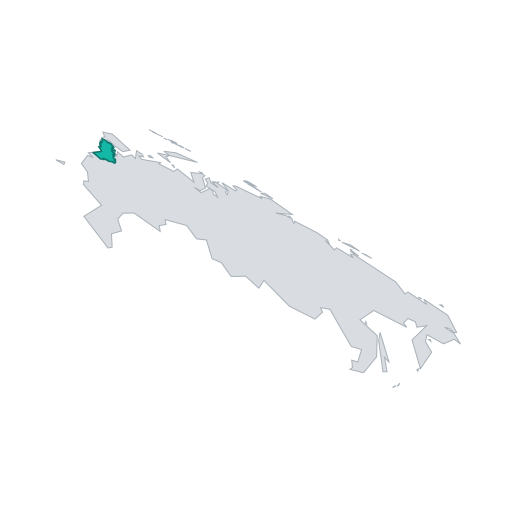 Karelia highlighted on a map of Russia, rotated 28°
{"feature_id": "RUS-2353", "entity_name": "Karelia", "entity_type": "Republic", "adm_level": 1, "iso_a3": "RUS", "parent_name": "Russia", "parent_adm1": "", "projection": "equal_earth", "projection_center": [34.102, 63.665], "detail": "fine", "context": "in_parent", "style": "filled", "palette": "teal", "viewbox_px": 512, "rotation_deg": 28, "n_neighbors": 0, "source": "natural_earth", "source_scale": "10m", "svg_char_len": 7484}
<svg xmlns="http://www.w3.org/2000/svg" viewBox="0 0 512 512"><g transform="rotate(28 256 256)"><path d="M405.8,308.6L392.2,312.0L393.5,309.2L389.4,303.0L395.6,301.8L393.1,289.0L382.7,291.2L346.3,268.4L337.4,271.3L341.1,274.4L337.7,284.0L309.3,284.7L274.4,273.8L273.6,283.1L256.4,278.7L243.6,285.7L228.6,278.2L218.5,279.0L204.7,265.1L195.5,268.8L180.4,261.6L158.5,266.6L161.8,270.4L156.3,274.5L159.9,279.3L128.2,275.3L118.4,280.7L116.6,288.4L125.5,297.0L118.0,304.2L124.8,315.7L121.6,318.4L85.4,301.8L95.8,283.7L70.1,273.9L68.7,270.4L73.1,268.9L67.8,260.9L58.4,256.3L60.1,246.1L66.1,245.6L59.5,243.6L70.2,235.9L66.1,233.4L64.0,224.0L66.5,221.8L62.6,218.5L71.9,215.8L95.2,221.7L89.3,226.4L78.3,225.0L74.2,223.5L71.5,223.3L86.3,233.1L84.7,229.0L92.5,230.8L98.7,225.1L103.8,226.6L101.1,219.1L107.8,219.6L110.1,221.3L105.5,222.6L109.9,224.3L128.0,218.3L127.0,220.2L143.7,220.0L145.7,216.0L166.5,220.0L159.2,212.9L169.7,208.6L173.2,209.1L172.0,212.0L179.5,219.6L176.1,224.6L169.3,224.3L177.9,225.8L183.1,218.6L186.4,218.3L189.6,221.5L194.4,222.1L189.5,218.5L179.2,217.7L179.2,214.2L175.1,212.1L177.9,208.9L181.9,212.5L188.8,213.3L190.6,213.3L182.0,211.0L187.5,209.8L199.9,211.4L198.9,214.1L201.9,215.4L201.0,211.5L191.4,207.2L207.0,208.2L208.2,206.7L202.8,204.9L205.1,203.8L234.5,202.6L231.7,201.3L242.3,199.0L268.6,202.3L253.1,208.9L263.4,206.2L270.4,206.4L272.8,208.8L273.6,209.2L274.5,209.3L273.6,207.1L298.9,206.8L311.6,208.2L314.5,210.5L309.9,209.8L322.3,213.8L323.4,210.9L342.9,212.0L338.5,210.0L341.1,208.7L391.6,213.3L405.3,219.5L407.2,216.4L429.3,218.7L424.4,215.4L453.1,218.3L469.0,229.3L466.9,230.7L460.6,229.3L455.9,230.5L467.1,231.4L478.0,237.8L470.3,236.4L462.8,245.5L443.9,245.3L445.8,252.0L456.3,258.5L454.1,278.3L433.2,256.9L439.4,237.3L431.6,243.3L427.5,239.2L419.3,239.9L417.8,246.0L422.5,248.2L385.6,248.8L377.7,263.6L400.4,269.4L409.8,288.3L405.8,308.6ZM160.3,200.9L132.7,207.8L125.4,206.8L136.8,202.5L160.3,200.9ZM401.4,265.2L423.6,287.5L417.1,285.2L426.1,296.7L422.4,298.6L404.1,273.2L401.4,265.2ZM120.6,211.3L132.3,208.0L130.2,210.9L136.7,213.8L120.6,211.3ZM325.5,203.5L334.4,201.9L345.2,203.1L325.5,203.5ZM218.2,195.4L231.0,197.0L214.4,196.2L218.2,195.4ZM213.5,194.1L224.2,194.5L210.0,195.0L213.5,194.1ZM234.4,196.4L244.2,197.6L230.7,198.5L234.4,196.4ZM348.0,203.8L352.9,203.3L359.4,203.8L348.0,203.8ZM34.0,265.0L43.1,262.8L43.4,265.4L34.0,265.0ZM111.8,194.8L117.8,194.5L106.3,195.1L111.8,194.8ZM339.2,206.5L346.7,207.9L336.9,207.5L339.2,206.5ZM118.8,217.8L115.5,218.9L113.7,218.1L115.3,216.9L118.8,217.8ZM123.2,194.4L128.7,194.1L131.6,194.4L123.2,194.4ZM141.9,194.3L139.5,194.9L135.4,194.7L136.2,194.3L141.9,194.3ZM147.4,194.5L142.7,194.4L149.4,194.2L147.4,194.5ZM140.5,214.5L142.7,216.4L139.2,215.0L140.5,214.5ZM215.7,195.6L212.1,195.9L209.3,195.5L215.7,195.6ZM126.3,193.7L133.4,193.6L130.9,194.0L126.3,193.7ZM445.2,213.2L441.4,212.9L443.1,211.8L445.2,213.2ZM106.5,194.5L110.9,194.6L102.2,194.6L106.5,194.5ZM169.8,208.1L165.6,208.3L169.7,207.9L169.8,208.1ZM266.9,205.1L269.4,206.0L265.8,205.5L266.9,205.1ZM422.6,216.0L420.6,216.5L418.5,216.1L422.6,216.0ZM133.4,195.0L130.2,194.8L135.4,195.0L133.4,195.0ZM132.3,194.0L134.4,194.4L130.4,194.1L132.3,194.0ZM442.5,300.8L442.8,302.5L441.8,304.9L442.5,300.8ZM127.9,195.0L130.3,195.4L127.3,195.3L127.9,195.0ZM187.2,209.6L184.3,210.1L183.6,210.0L187.2,209.6ZM450.5,249.2L447.6,248.8L449.2,248.0L450.5,249.2ZM337.8,205.7L337.4,206.4L335.9,205.9L337.8,205.7ZM383.7,262.3L385.6,264.2L383.8,263.8L383.7,262.3ZM452.7,279.0L452.8,281.9L451.5,281.0L452.7,279.0ZM122.9,195.1L120.1,195.2L119.1,195.1L122.9,195.1ZM188.4,208.2L188.1,209.0L187.4,208.8L188.4,208.2ZM322.9,203.0L321.7,203.4L321.2,202.5L322.9,203.0ZM438.5,307.1L440.6,304.7L438.8,307.7L438.5,307.1Z" fill="#d9dde1" stroke="#a8b0b8" stroke-width="1"/><path d="M65.3,225.5L65.1,225.2L64.9,224.9L64.7,224.8L69.3,224.6L70.5,224.7L70.7,224.9L70.8,225.0L71.2,225.2L71.2,225.4L71.2,225.5L71.3,225.5L72.6,225.5L72.7,225.2L73.1,225.2L73.2,224.9L73.3,224.9L74.0,224.9L74.5,224.9L74.8,225.0L74.7,225.0L74.3,225.0L74.2,225.1L74.3,225.1L74.5,225.1L74.9,225.0L75.1,225.1L75.3,225.2L75.7,225.2L75.9,225.1L76.0,225.2L75.9,225.2L76.2,225.3L76.3,225.3L76.1,225.4L75.8,225.4L75.7,225.4L76.0,225.5L75.6,225.6L75.4,225.6L75.2,225.6L75.6,225.7L75.9,225.6L76.0,225.7L76.6,225.8L76.9,225.8L77.3,225.9L77.4,226.0L77.9,226.1L78.3,226.2L78.4,226.3L78.5,226.3L78.7,226.5L78.9,226.6L78.7,226.7L78.9,226.8L79.1,226.8L79.3,226.9L79.2,227.0L79.4,227.1L79.4,227.3L79.6,227.4L79.4,227.4L78.8,227.1L78.8,227.3L79.0,227.4L78.8,227.5L79.0,227.6L79.1,227.8L78.9,227.8L79.0,227.9L78.7,228.1L78.8,228.1L78.7,228.2L78.4,228.2L78.3,228.3L78.2,228.3L77.8,228.3L78.2,228.4L78.3,228.5L78.2,228.6L78.3,228.7L78.6,228.8L78.8,228.9L78.8,229.0L78.7,229.0L78.8,229.1L79.0,229.2L79.0,229.3L79.1,229.5L78.9,229.5L79.1,229.6L79.2,229.8L79.3,229.8L79.5,229.9L79.4,230.0L79.0,230.2L79.2,230.3L79.6,230.2L79.7,230.3L79.3,230.4L79.2,230.4L79.4,230.5L79.5,230.6L79.3,230.8L79.0,230.9L79.3,230.9L79.5,231.0L79.7,231.3L80.0,231.3L80.5,231.4L80.5,231.5L80.8,231.7L81.1,231.6L81.3,231.6L81.2,231.3L81.3,231.3L81.9,231.5L82.0,231.6L82.3,231.8L82.4,232.0L82.6,231.9L82.7,232.0L83.0,232.1L83.0,232.3L83.1,232.5L83.5,232.6L83.8,232.6L83.8,232.8L83.9,233.1L83.9,233.3L83.8,233.5L83.7,233.5L83.4,233.6L82.3,233.7L82.0,233.8L82.5,234.2L83.0,234.4L83.1,234.6L83.2,234.9L83.3,235.0L83.6,235.0L83.3,235.2L83.3,235.3L83.2,235.5L83.6,236.0L83.8,236.2L84.6,236.5L85.5,236.8L85.7,236.7L85.9,236.7L86.2,236.7L86.5,236.7L86.6,236.8L86.8,237.2L86.9,237.4L86.8,237.6L86.7,237.9L86.5,238.0L87.3,238.2L87.4,238.4L87.5,238.5L87.5,238.8L87.9,239.0L87.8,239.3L87.7,239.6L87.8,239.7L87.7,239.8L87.4,240.0L87.5,240.4L86.1,240.5L86.1,240.3L85.8,240.3L85.3,240.1L85.2,240.2L84.9,240.3L84.3,240.3L84.1,240.4L83.8,240.8L81.4,241.5L81.0,241.6L80.9,241.6L80.7,241.5L80.8,241.2L80.7,241.1L80.5,241.3L79.3,241.2L79.0,241.0L78.8,241.2L78.5,241.2L78.2,241.4L78.3,241.5L78.2,241.6L77.9,241.4L77.6,241.3L75.7,241.4L75.4,241.5L75.5,241.7L75.7,241.8L75.8,241.9L76.0,241.8L76.1,241.7L76.4,241.7L76.6,241.8L76.4,242.1L76.3,242.3L75.7,242.2L75.3,242.1L75.3,242.3L74.8,242.4L74.6,242.6L74.5,242.8L73.9,243.0L73.7,243.2L73.3,243.3L65.4,241.5L64.6,241.5L64.4,241.3L64.1,241.2L63.8,241.1L64.3,240.7L64.5,240.5L64.8,240.4L65.2,240.2L65.4,239.9L65.8,239.7L66.8,238.9L67.2,238.6L67.6,238.3L67.7,238.2L68.5,237.9L68.6,237.7L69.0,237.4L69.4,237.2L69.5,237.0L69.7,236.8L69.8,236.5L69.9,236.3L70.3,236.0L70.2,235.9L70.1,235.7L69.8,235.5L69.5,235.3L69.4,235.2L68.7,234.7L68.3,234.5L67.3,234.2L67.1,234.0L66.7,233.8L66.1,233.4L66.6,233.2L66.8,233.1L67.0,232.9L67.6,232.5L67.7,232.4L67.6,232.1L67.7,231.9L67.4,231.8L67.2,231.6L66.6,231.5L66.4,231.4L66.2,231.3L66.4,231.1L66.1,231.0L66.1,230.8L66.6,230.7L66.5,230.4L66.5,230.2L66.4,230.2L65.9,230.2L65.6,230.1L65.4,230.0L65.2,229.8L65.1,229.5L65.2,229.4L65.3,229.3L65.8,229.2L65.7,229.1L65.8,229.0L65.8,228.9L65.6,228.9L65.3,228.9L65.1,228.8L65.2,228.7L65.5,228.5L65.6,228.4L65.5,228.2L65.9,227.8L65.6,227.7L66.3,227.5L66.6,227.6L66.5,227.1L66.2,226.7L66.1,226.3L66.0,226.2L65.8,226.1L65.5,225.7L65.3,225.5ZM82.0,229.4L82.0,229.5L81.9,229.6L81.7,229.6L81.6,229.4L81.3,229.4L81.2,229.4L81.0,229.2L81.4,229.1L81.6,229.0L81.8,229.0L82.0,229.3L81.9,229.3L81.8,229.2L81.8,229.3L82.0,229.4ZM82.5,229.1L83.0,229.1L82.9,229.1L82.5,229.2L82.2,229.1L82.3,229.0L82.5,229.1ZM82.2,231.3L82.5,231.4L82.5,231.5L82.3,231.5L82.1,231.4L82.2,231.3ZM82.4,229.4L82.1,229.5L82.1,229.4L82.4,229.4Z" fill="#14b8a6" stroke="#0f766e" stroke-width="1.5"/></g></svg>